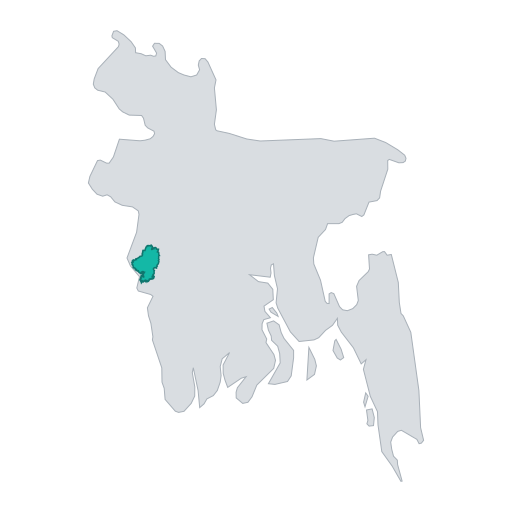 Chuadanga, Khulna, Bangladesh shown in context
{"feature_id": "16705992B19758630986204", "entity_name": "Chuadanga", "entity_type": "district", "adm_level": 2, "iso_a3": "BGD", "parent_name": "Bangladesh", "parent_adm1": "Khulna", "projection": "orthographic", "projection_center": [88.863, 23.601], "detail": "fine", "context": "in_parent", "style": "filled", "palette": "teal", "viewbox_px": 512, "rotation_deg": 0, "n_neighbors": 0, "source": "geoboundaries", "source_scale": "gbopen_adm2", "svg_char_len": 8775}
<svg xmlns="http://www.w3.org/2000/svg" viewBox="0 0 512 512"><path d="M162.0,382.1L161.8,367.9L152.4,339.9L152.9,336.8L150.9,323.3L148.5,315.8L147.4,307.8L153.0,296.3L150.7,294.5L138.3,291.0L136.8,288.0L139.5,276.7L130.5,266.0L127.0,258.0L136.6,232.3L139.0,214.4L138.3,210.9L132.5,206.9L122.2,205.3L114.9,201.9L110.7,196.8L107.1,194.8L102.7,196.2L97.0,194.2L92.3,189.2L88.4,183.0L89.9,176.4L97.5,160.6L100.3,160.1L106.7,163.2L109.1,163.2L113.4,157.0L119.4,139.2L140.1,140.8L145.0,140.2L150.2,138.8L153.0,136.5L154.6,133.7L154.0,131.2L147.7,127.9L145.2,125.3L143.5,118.2L141.6,115.5L129.2,115.1L122.7,111.9L119.2,108.9L112.9,99.2L105.1,92.0L97.7,90.2L94.8,87.9L93.3,84.2L94.2,78.9L98.1,68.6L118.5,46.6L119.1,44.1L118.3,41.3L112.3,37.7L111.9,35.9L113.6,31.3L117.0,30.7L124.0,35.0L131.2,41.8L135.4,47.9L135.6,52.7L141.1,53.7L145.8,55.8L150.6,55.2L153.7,56.3L155.8,55.9L156.6,53.1L152.6,46.2L154.5,43.3L159.2,43.4L162.6,46.0L165.1,51.4L165.5,59.7L171.1,67.2L178.3,72.6L184.0,75.0L190.9,76.8L196.7,75.0L199.6,69.8L198.3,65.1L199.2,60.9L201.5,58.5L205.1,58.7L207.9,62.0L216.0,79.9L214.4,87.9L216.4,109.8L214.4,124.3L215.7,129.8L217.1,130.8L229.2,133.4L246.8,139.0L260.2,141.0L320.8,138.6L334.1,141.2L374.5,138.2L385.6,142.5L397.8,149.8L404.7,155.2L406.0,158.3L405.3,161.1L403.1,162.6L398.9,162.8L389.3,159.4L387.7,160.5L387.8,169.2L380.6,191.1L379.6,197.9L377.0,200.6L369.0,202.1L363.9,214.9L361.8,216.5L356.4,213.8L353.2,214.4L349.1,215.6L345.0,218.6L342.2,222.3L339.0,223.6L327.6,223.6L325.5,229.5L318.2,237.3L313.4,257.8L313.8,264.0L320.5,280.2L325.2,301.3L327.0,303.4L329.1,303.5L329.1,293.9L331.2,292.6L333.8,293.6L339.5,306.6L342.6,309.8L347.4,310.7L352.8,308.6L356.7,304.7L358.3,300.5L356.6,286.3L359.1,280.5L368.2,271.7L369.5,269.0L368.6,254.8L372.1,254.2L376.8,255.2L382.7,251.7L384.5,251.6L387.1,255.2L391.3,254.5L398.3,282.5L399.3,302.5L401.0,313.5L403.3,315.9L410.8,332.3L418.9,390.6L420.6,427.7L423.6,440.3L421.4,443.1L419.1,443.7L416.9,439.4L401.4,430.3L397.7,431.4L392.6,437.0L390.7,442.1L391.7,449.2L393.5,456.2L397.3,460.1L397.6,464.6L402.1,481.1L400.9,481.3L392.3,466.3L381.8,451.6L378.0,424.9L377.5,411.7L370.3,396.3L363.4,369.3L366.0,359.7L361.2,363.9L353.4,347.8L341.3,332.1L337.7,325.2L337.4,318.3L332.5,325.3L325.6,330.3L318.7,337.7L314.0,339.9L299.1,341.5L290.4,331.9L277.8,308.2L276.1,302.8L277.5,288.7L274.4,275.5L273.5,263.8L271.3,264.9L270.5,268.1L271.0,273.0L270.2,277.2L249.5,274.7L258.4,281.6L267.8,283.1L272.8,289.3L273.3,299.7L264.0,306.1L264.9,311.4L270.4,317.7L263.8,319.6L262.1,323.8L262.0,329.8L266.7,339.0L266.0,342.6L273.9,354.5L275.5,360.3L273.7,368.4L256.8,385.1L252.0,396.8L247.9,402.3L242.7,403.4L236.2,397.9L236.1,392.2L237.4,387.7L246.1,376.7L241.3,378.2L227.7,387.4L225.0,380.1L223.2,373.3L223.1,365.0L229.6,352.5L222.2,358.8L220.2,366.5L221.1,375.6L220.2,382.1L217.3,390.5L213.3,395.6L206.9,398.9L204.0,403.9L199.7,407.6L198.1,390.6L193.3,367.7L192.3,372.7L194.8,386.9L194.7,396.1L191.2,403.4L184.0,411.3L178.6,412.4L175.3,411.2L165.1,399.4L164.2,388.3L162.0,382.1ZM287.5,381.5L274.9,384.4L268.4,383.7L280.2,362.9L279.7,353.7L277.7,346.2L271.6,340.3L271.2,336.0L268.4,330.1L266.9,323.2L273.6,320.9L279.1,324.8L281.2,332.6L284.0,338.4L293.6,350.4L293.6,357.8L291.2,375.9L287.5,381.5ZM314.5,374.4L306.9,380.0L308.9,347.4L314.8,359.4L316.4,365.9L314.5,374.4ZM343.7,357.6L340.4,360.0L337.2,358.0L333.0,350.5L334.8,340.8L336.1,339.4L341.1,349.2L343.7,357.6ZM373.5,425.6L369.1,426.1L366.9,423.8L367.9,420.5L366.5,410.0L372.1,408.9L374.3,417.6L373.5,425.6ZM368.1,396.3L365.0,406.8L363.6,402.2L365.7,392.9L368.1,396.3ZM276.8,313.1L278.1,316.4L271.0,312.2L269.1,309.1L272.3,307.5L276.8,313.1Z" fill="#d9dde1" stroke="#a8b0b8" stroke-width="1"/><path d="M159.3,255.4L158.7,254.3L158.8,253.1L158.8,252.9L158.6,252.7L158.6,252.3L158.4,252.1L157.8,252.0L157.4,252.0L157.4,251.9L157.7,251.5L158.1,250.4L158.3,250.2L158.3,249.9L158.4,249.7L158.5,249.3L158.5,249.2L158.3,249.2L158.1,249.6L157.7,249.4L157.3,249.3L157.1,249.3L157.0,249.1L156.9,249.1L156.4,249.1L156.3,248.9L156.4,248.4L156.2,248.1L155.7,247.6L155.1,247.5L154.7,247.6L154.3,248.1L153.9,247.9L153.6,247.9L153.7,248.5L153.3,248.3L153.1,248.9L152.8,249.1L152.2,249.4L151.7,249.5L151.6,249.4L151.6,249.2L152.0,248.0L152.4,247.1L152.5,246.9L152.4,246.5L152.3,246.3L152.0,246.1L151.7,246.0L151.4,245.2L151.1,245.1L150.7,245.9L150.4,246.0L149.4,245.6L149.0,245.6L148.3,245.9L148.1,245.8L148.0,245.6L147.8,245.7L147.7,245.6L147.4,245.6L147.0,245.9L146.9,246.6L146.0,247.1L145.9,247.7L145.4,248.8L145.0,250.5L144.9,250.5L144.7,250.3L143.5,250.7L143.4,250.6L143.4,250.4L143.2,250.3L143.0,250.7L142.9,250.7L142.8,251.5L142.7,251.7L142.7,252.0L142.8,252.7L142.6,253.0L142.4,253.0L142.2,253.5L142.3,253.9L142.2,254.3L142.5,254.4L142.5,254.6L142.4,254.9L142.4,255.1L142.4,255.3L142.2,255.5L141.8,256.1L141.2,256.2L140.7,256.3L140.4,256.4L140.2,256.3L139.9,256.4L139.3,257.3L139.0,257.3L138.4,257.8L137.1,258.5L136.3,258.8L136.3,259.3L136.1,259.2L136.0,259.3L136.1,259.5L135.9,259.5L135.6,259.2L135.2,260.0L134.9,260.1L134.7,260.1L134.3,260.3L133.7,260.0L133.3,259.9L133.2,260.1L133.1,260.5L132.8,260.5L132.6,260.8L132.8,260.8L132.9,261.0L132.5,261.3L132.6,261.5L132.4,261.4L132.4,261.9L132.5,262.0L132.8,262.0L132.7,262.1L132.6,262.3L132.1,262.5L131.8,262.7L132.1,263.1L132.3,263.2L132.7,263.2L132.5,263.3L132.4,263.7L132.1,264.1L132.1,264.6L132.6,264.6L133.0,265.1L132.8,265.4L133.3,266.8L133.2,267.1L133.3,267.2L133.2,267.3L133.6,267.6L133.6,267.9L134.1,268.1L134.7,267.9L135.3,268.5L135.5,268.8L135.5,269.2L135.4,269.4L135.5,269.4L135.7,269.2L135.9,269.3L135.9,269.8L136.3,269.7L136.2,270.3L136.4,270.5L137.0,270.4L137.4,271.0L137.6,271.1L137.9,270.8L138.3,270.7L138.7,271.5L138.7,271.8L138.7,272.0L138.8,272.1L139.6,272.8L139.7,273.1L139.5,273.3L139.7,273.2L139.6,273.3L139.8,273.2L140.4,273.4L140.9,273.4L140.9,273.2L140.6,273.0L140.6,272.7L140.8,272.5L141.0,272.5L141.4,273.2L141.7,273.3L141.9,273.3L141.9,273.1L141.7,272.8L141.4,272.7L141.6,272.0L142.5,271.5L142.8,271.2L142.7,271.4L142.5,271.7L142.6,272.0L142.8,271.9L143.0,271.6L143.3,271.6L143.8,271.9L143.6,272.1L143.7,272.4L143.3,272.9L143.8,272.8L143.7,272.9L143.7,273.1L143.3,273.2L143.0,274.0L142.8,274.1L142.8,274.3L143.0,274.3L142.9,274.4L143.0,274.4L142.9,274.5L143.1,274.5L143.0,274.9L143.0,275.1L143.0,275.4L143.1,275.6L143.1,275.8L143.3,275.9L143.4,276.2L143.2,276.1L143.2,276.3L143.2,276.1L143.0,276.3L142.8,276.3L143.0,276.2L142.6,276.1L142.5,276.3L142.6,276.5L142.4,276.4L142.4,276.6L142.5,276.7L142.3,276.6L142.2,276.7L142.4,276.3L141.9,276.0L141.7,276.0L141.8,275.7L141.7,275.7L141.6,275.9L141.4,275.7L141.4,275.8L141.2,275.7L141.1,275.8L141.1,276.0L141.0,276.8L140.9,277.0L141.0,277.1L140.8,277.2L140.9,277.7L140.7,277.6L140.6,277.8L140.4,278.5L140.7,278.5L140.9,278.9L140.6,279.2L140.2,279.4L140.0,279.7L140.4,280.0L140.3,280.4L140.6,280.5L140.8,280.8L140.9,280.6L141.0,280.6L140.9,280.7L141.0,280.8L140.9,280.8L140.9,281.1L140.7,281.2L140.8,281.4L140.9,281.5L141.0,281.7L141.3,281.9L141.3,282.1L141.6,281.9L142.0,281.5L142.0,282.0L141.7,282.4L141.7,282.5L142.1,282.0L142.1,281.9L142.4,281.5L142.4,281.2L142.5,281.2L142.8,281.1L143.0,281.3L143.1,281.5L143.0,281.8L143.3,281.9L143.5,281.9L144.2,281.2L144.2,280.7L144.3,280.6L144.6,280.6L144.8,280.5L144.9,280.8L145.7,281.6L145.7,281.3L145.9,281.1L146.1,280.8L146.1,280.4L146.3,280.5L146.3,280.8L146.7,281.2L147.1,281.2L147.3,281.3L147.5,281.5L147.8,280.9L147.9,281.0L147.7,281.5L147.8,281.5L148.2,281.4L148.3,281.0L148.1,281.2L148.2,280.9L148.5,280.7L148.7,280.8L148.8,280.6L148.6,280.6L149.0,280.4L149.2,280.2L149.1,279.8L149.2,279.7L149.2,279.4L149.2,279.2L149.3,279.1L149.7,279.0L150.1,279.1L150.3,279.0L150.2,278.9L150.3,279.0L150.4,278.9L150.5,279.0L150.6,278.8L151.0,278.9L151.1,279.1L151.3,279.1L152.1,279.1L152.3,279.0L152.3,278.6L151.7,278.6L151.7,278.4L151.9,278.2L152.0,278.1L152.4,278.6L153.4,278.6L153.6,278.3L153.3,277.9L153.4,277.3L153.4,277.1L153.5,277.0L153.9,277.2L154.1,277.1L154.2,276.6L154.1,276.4L153.5,276.1L152.9,276.2L152.3,276.5L152.2,276.4L152.4,276.1L153.1,275.8L153.1,275.3L153.0,275.0L153.0,274.8L153.5,274.8L153.6,274.3L153.5,274.1L153.9,273.8L154.2,273.2L154.1,272.6L154.1,271.9L154.0,271.6L154.3,270.7L154.2,270.7L154.1,270.3L153.8,270.0L153.7,269.7L153.4,269.2L153.4,268.9L153.5,268.6L153.9,268.3L153.9,268.1L154.3,267.7L154.7,267.6L154.9,267.7L155.2,267.6L155.3,267.7L155.6,267.8L155.9,267.8L156.3,268.1L156.5,268.1L156.5,267.8L156.5,267.7L156.4,267.5L156.4,267.2L156.6,267.0L156.9,266.5L157.2,266.2L156.9,265.9L157.0,265.3L157.3,264.8L158.1,264.0L158.3,263.7L158.4,263.1L158.5,263.0L158.6,262.3L158.9,261.8L158.7,261.1L158.4,260.6L158.5,260.5L158.8,260.1L159.0,259.5L158.5,258.5L158.6,258.2L158.7,257.9L158.7,257.6L158.7,256.9L158.6,256.7L158.9,255.5L159.0,255.4L159.3,255.4Z" fill="#14b8a6" stroke="#0f766e" stroke-width="1.5"/></svg>